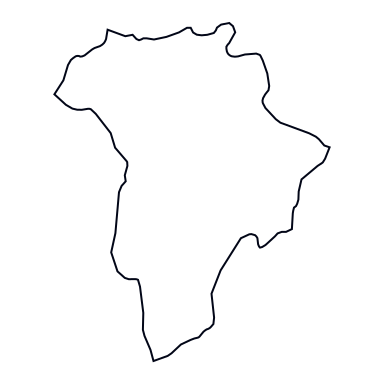 outline of Guatemala
{"feature_id": "GTM-1951", "entity_name": "Guatemala", "entity_type": "Department", "adm_level": 1, "iso_a3": "GTM", "parent_name": "Guatemala", "parent_adm1": "", "projection": "mercator", "projection_center": [-90.486, 14.587], "detail": "fine", "context": "isolated", "style": "outline", "palette": "ink", "viewbox_px": 384, "rotation_deg": 0, "n_neighbors": 0, "source": "natural_earth", "source_scale": "10m", "svg_char_len": 1967}
<svg xmlns="http://www.w3.org/2000/svg" viewBox="0 0 384 384"><path d="M81.8,109.8L77.1,109.7L72.4,108.6L65.9,104.8L54.4,94.3L63.4,80.3L68.0,65.0L70.9,60.0L73.0,58.2L75.1,56.7L76.2,56.1L77.6,55.9L79.0,56.0L80.2,56.6L82.2,56.4L84.6,55.4L92.2,49.4L94.6,48.0L100.0,46.1L102.3,44.6L104.0,43.0L104.9,41.6L105.5,40.4L106.1,38.9L106.3,37.6L107.6,29.7L125.3,36.2L132.6,34.8L136.4,39.0L139.0,40.2L141.1,39.5L143.4,38.3L146.5,38.3L154.0,39.5L166.4,36.9L179.0,32.4L187.0,27.8L190.7,27.8L193.1,32.5L196.8,34.7L201.6,35.3L207.3,34.8L213.8,33.0L215.8,30.5L217.0,27.6L221.1,24.6L229.2,23.0L233.0,26.2L235.2,32.3L229.1,43.2L227.8,44.5L226.4,46.7L226.4,48.7L226.9,51.5L227.7,53.2L228.5,54.3L229.5,55.1L230.5,55.8L231.8,56.3L234.9,56.7L238.0,56.4L244.9,54.5L256.2,53.6L259.8,54.9L260.6,56.0L262.8,60.6L267.3,73.5L269.2,86.0L268.5,90.2L267.9,91.0L267.2,91.8L265.1,94.5L263.1,98.1L262.5,100.5L262.7,102.7L263.2,103.8L265.4,108.0L275.8,119.2L280.4,122.7L309.2,133.3L315.9,136.7L318.9,139.2L324.3,145.5L329.6,147.3L325.1,158.7L322.8,162.4L321.9,163.1L317.6,165.9L301.5,179.4L298.7,191.5L298.4,199.6L297.2,203.7L296.0,206.1L294.0,207.6L293.2,210.8L292.8,213.3L291.9,229.1L286.0,231.9L281.7,231.9L277.6,233.4L274.9,236.4L265.5,245.0L262.2,247.0L260.0,247.6L259.1,246.6L258.6,245.5L258.1,244.2L257.4,238.1L256.4,236.5L255.1,235.2L251.4,234.1L249.3,234.3L240.9,238.2L220.6,270.4L211.5,293.7L214.1,317.6L213.4,324.0L211.0,326.8L210.1,327.7L209.1,328.4L207.9,329.0L206.6,329.4L205.1,330.4L203.5,331.7L199.4,336.7L198.5,337.4L197.2,337.8L194.3,338.5L190.4,340.0L180.9,344.5L171.5,353.3L167.7,355.9L153.5,361.0L150.5,349.9L144.5,335.9L142.9,329.8L143.3,312.9L140.0,286.6L138.0,279.8L136.7,279.3L135.2,279.1L128.8,279.2L124.8,277.9L117.5,271.4L111.2,252.4L115.4,233.2L119.0,192.2L121.6,185.9L125.7,181.3L124.8,175.3L127.4,165.9L127.2,162.1L126.5,161.0L121.7,155.4L115.1,147.7L110.7,133.1L95.8,113.9L90.8,109.2L89.4,108.8L87.9,108.8L81.8,109.8Z" fill="none" stroke="#020617" stroke-width="2"/></svg>